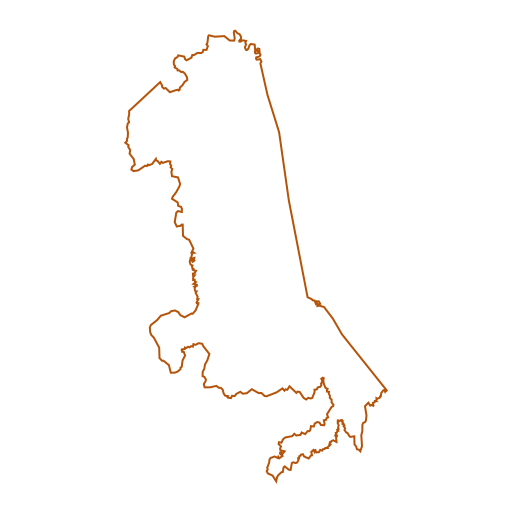 Tibú, Norte de Santander, Colombia (Natural Earth projection)
{"feature_id": "7082276B23933062741111", "entity_name": "Tibú", "entity_type": "district", "adm_level": 2, "iso_a3": "COL", "parent_name": "Colombia", "parent_adm1": "Norte de Santander", "projection": "natural_earth1", "projection_center": [-72.788, 8.696], "detail": "fine", "context": "isolated", "style": "outline", "palette": "amber", "viewbox_px": 512, "rotation_deg": 0, "n_neighbors": 0, "source": "geoboundaries", "source_scale": "gbopen_adm2", "svg_char_len": 6038}
<svg xmlns="http://www.w3.org/2000/svg" viewBox="0 0 512 512"><path d="M150.2,332.2L151.3,335.0L153.8,337.6L159.2,347.7L159.5,358.1L162.1,360.8L163.4,360.7L168.9,365.1L170.8,372.7L174.7,372.7L177.6,371.6L180.5,369.1L180.5,367.7L181.7,366.8L182.6,360.3L185.1,355.5L183.8,352.0L182.2,351.8L182.4,350.1L181.8,350.2L181.8,349.4L184.7,349.0L184.9,347.6L186.0,348.1L188.1,346.8L189.6,347.4L191.1,346.2L192.9,346.6L193.4,344.2L195.6,344.8L198.7,343.2L202.2,343.8L203.2,346.1L209.4,354.0L207.3,360.4L205.0,364.4L204.3,368.7L202.7,371.8L202.6,376.2L204.4,376.9L205.9,379.5L205.6,381.2L203.8,384.1L204.6,387.3L210.2,387.3L216.4,385.9L218.8,387.8L220.8,387.8L222.7,389.7L223.7,393.6L225.2,395.7L227.9,396.1L227.4,396.9L228.0,397.7L231.0,398.1L232.0,395.8L234.7,396.1L236.2,394.0L240.3,391.8L242.8,393.7L246.9,393.2L251.8,389.2L258.6,393.1L261.5,393.0L264.6,396.0L266.4,396.3L276.5,392.4L282.5,388.4L284.5,390.7L285.6,389.3L287.3,389.8L289.5,386.3L296.4,392.9L297.5,391.6L299.7,392.0L303.6,397.9L306.1,399.5L308.4,397.8L310.7,398.5L312.3,397.9L314.6,392.0L314.5,389.7L316.8,389.4L317.7,387.4L320.3,386.8L321.4,385.0L321.0,383.6L322.4,382.0L321.9,381.1L322.5,379.9L321.3,378.8L322.6,377.7L323.7,378.1L323.3,380.7L323.9,384.0L325.5,387.9L327.6,388.8L326.8,390.4L327.0,391.6L329.0,391.8L328.8,393.9L329.9,395.6L329.8,397.9L331.6,399.6L331.6,402.5L333.4,404.7L333.2,406.1L331.6,406.9L327.0,414.2L328.1,417.4L326.6,418.0L326.0,419.9L323.8,420.3L324.6,423.9L324.2,425.2L320.9,425.0L319.5,422.6L317.3,422.0L314.7,423.6L313.8,426.5L311.0,426.1L310.2,430.3L309.0,431.3L307.6,431.1L305.1,434.1L301.6,432.5L300.5,434.9L296.3,435.5L294.3,433.8L292.3,436.1L285.2,437.5L283.1,439.2L281.4,442.7L279.0,442.2L278.6,444.1L281.0,446.4L280.1,448.4L280.4,450.3L284.6,451.3L282.5,453.9L281.2,452.4L280.1,452.6L280.0,453.6L282.5,456.0L279.2,458.3L278.2,456.7L277.6,457.9L274.6,456.5L270.5,458.0L269.6,459.3L269.1,462.8L267.2,467.7L267.7,469.5L266.7,471.1L267.8,473.4L272.6,475.6L276.2,481.3L277.0,477.3L278.1,475.4L281.3,472.3L282.8,472.0L283.6,467.3L284.7,466.4L288.8,469.7L290.6,469.9L291.9,463.0L293.2,462.3L295.6,463.1L297.1,462.5L298.4,460.3L298.1,458.3L299.1,458.3L299.3,456.2L300.6,455.7L300.9,454.7L302.9,454.2L304.1,456.5L308.7,458.5L310.8,455.6L312.0,455.3L311.3,451.9L313.4,450.0L314.2,451.4L314.4,450.3L315.4,450.0L316.1,452.4L318.9,452.2L320.2,449.9L322.2,450.6L322.8,449.3L324.7,448.9L325.1,448.1L327.5,448.0L327.2,447.5L329.0,446.1L329.3,444.8L329.8,445.3L330.5,444.6L329.6,443.9L329.9,442.2L330.8,442.2L331.4,441.1L333.2,440.3L336.5,441.9L336.1,437.9L337.4,434.8L335.9,436.6L335.2,435.5L336.1,434.0L335.8,432.9L336.9,432.6L337.2,431.3L338.2,430.9L337.3,429.8L338.6,429.0L338.0,428.1L338.7,425.3L337.7,423.1L337.8,419.6L338.6,421.6L340.7,420.2L342.0,420.1L342.7,421.0L342.0,421.6L343.7,424.0L343.0,424.2L343.8,424.7L343.7,426.0L344.4,426.0L344.3,427.2L345.1,428.4L344.5,429.9L346.2,432.5L347.5,433.0L349.5,436.3L350.3,436.9L354.3,436.3L354.5,444.4L356.2,446.6L356.9,449.2L358.9,449.7L360.3,451.3L362.0,446.2L361.3,435.1L362.3,431.4L362.4,424.8L363.2,422.9L365.0,422.1L365.9,420.6L366.5,415.7L365.0,406.2L368.4,402.7L370.2,405.6L371.6,404.9L374.0,406.3L373.2,405.4L373.0,402.8L374.6,402.3L374.8,401.0L376.4,401.1L375.9,400.5L376.7,399.5L376.5,398.2L377.5,398.7L379.8,397.7L380.0,396.5L380.8,396.4L381.3,392.9L383.3,390.3L384.6,390.1L385.2,391.9L386.7,390.4L342.0,334.4L332.9,318.7L324.0,307.0L319.3,305.7L317.4,306.0L317.6,304.3L320.2,303.8L318.9,301.4L316.8,301.3L316.8,303.9L316.0,304.2L314.6,300.5L312.7,300.3L311.7,299.1L307.6,297.3L288.8,200.2L279.1,132.2L267.5,95.0L260.4,63.5L261.4,61.4L260.2,59.1L256.9,59.7L256.1,58.9L256.2,57.4L259.6,56.4L260.5,54.9L259.4,52.6L256.0,53.6L255.2,53.2L254.9,51.7L256.3,50.6L259.5,51.3L259.3,48.9L257.7,48.5L256.2,49.9L255.1,49.8L254.7,44.6L250.8,44.0L249.6,45.1L248.3,48.8L246.8,50.1L246.0,49.9L244.9,47.5L246.0,44.4L245.3,42.5L246.1,40.9L242.4,40.3L240.4,41.7L239.4,41.6L239.2,40.7L240.9,38.9L241.1,37.0L239.7,34.3L237.4,33.2L235.2,30.7L234.2,31.0L233.8,32.4L234.7,38.2L234.2,40.6L229.7,40.5L224.3,36.1L214.8,36.7L209.0,35.3L208.2,36.2L207.4,42.9L206.5,44.4L207.9,46.0L206.5,49.9L203.4,49.8L202.6,52.2L201.3,53.0L197.4,52.9L194.2,55.0L192.3,55.0L191.4,57.7L186.6,60.3L185.1,59.2L184.3,56.6L178.2,55.4L177.4,57.1L175.0,58.5L173.7,61.5L173.9,64.7L175.1,66.0L174.6,67.4L177.4,69.0L177.6,70.4L179.2,70.4L181.1,72.0L182.8,71.8L184.9,73.6L187.0,77.4L187.3,79.9L184.5,82.0L182.5,85.2L179.9,87.6L179.6,89.9L178.6,90.5L177.9,89.7L175.7,90.2L169.9,92.2L165.6,88.0L163.9,88.6L162.1,86.8L162.2,85.7L160.2,82.1L129.1,111.0L129.2,114.2L128.2,118.9L129.1,122.3L127.8,123.4L127.0,127.3L128.0,132.9L127.7,137.5L126.9,138.9L127.1,140.9L125.3,142.7L128.6,145.2L128.2,146.8L130.2,150.1L129.6,153.7L133.8,159.2L134.8,164.7L132.1,167.0L131.4,169.6L133.5,171.1L138.2,170.4L145.1,165.7L146.8,166.1L147.9,164.6L148.8,165.3L152.1,164.0L155.9,158.9L156.3,160.5L157.6,161.0L159.9,163.8L161.4,161.8L162.7,162.9L167.9,161.2L170.4,161.5L170.0,163.9L171.2,165.5L170.6,167.3L172.3,169.0L171.4,171.7L172.0,176.2L178.0,177.4L180.1,183.9L179.4,186.4L176.2,192.2L172.7,196.8L172.0,198.8L177.7,202.4L178.2,205.9L181.0,206.8L181.9,208.7L181.8,212.0L177.9,211.1L176.3,212.6L174.7,222.2L176.8,226.5L180.6,225.8L181.6,224.6L182.7,224.6L183.0,235.9L186.9,239.0L189.2,239.8L193.4,248.6L192.0,251.5L194.0,252.8L191.5,253.1L192.0,254.3L191.1,258.1L193.3,259.3L193.5,258.1L194.3,257.9L193.9,259.8L194.4,260.5L192.7,261.8L190.4,258.9L189.7,261.8L190.6,264.6L192.5,265.5L192.0,266.7L192.7,269.5L193.5,269.0L194.0,270.4L196.0,270.8L194.8,273.2L192.9,273.6L193.1,275.6L194.5,275.5L193.2,277.2L193.1,280.0L194.6,279.7L194.9,281.5L195.9,282.0L193.5,284.0L196.8,284.7L196.9,285.7L194.4,286.7L195.2,287.2L194.7,288.0L194.9,290.1L195.6,291.6L196.5,291.5L195.7,293.0L197.6,296.6L197.2,299.1L198.4,299.2L196.5,302.5L196.8,303.2L198.4,303.1L198.4,303.7L195.6,310.4L192.6,313.8L191.5,313.5L184.6,317.3L180.3,315.1L178.3,312.1L175.0,310.5L171.3,311.1L169.1,313.1L160.8,315.7L157.2,320.0L150.9,325.0L149.8,327.5L150.2,332.2Z" fill="none" stroke="#b45309" stroke-width="2"/></svg>